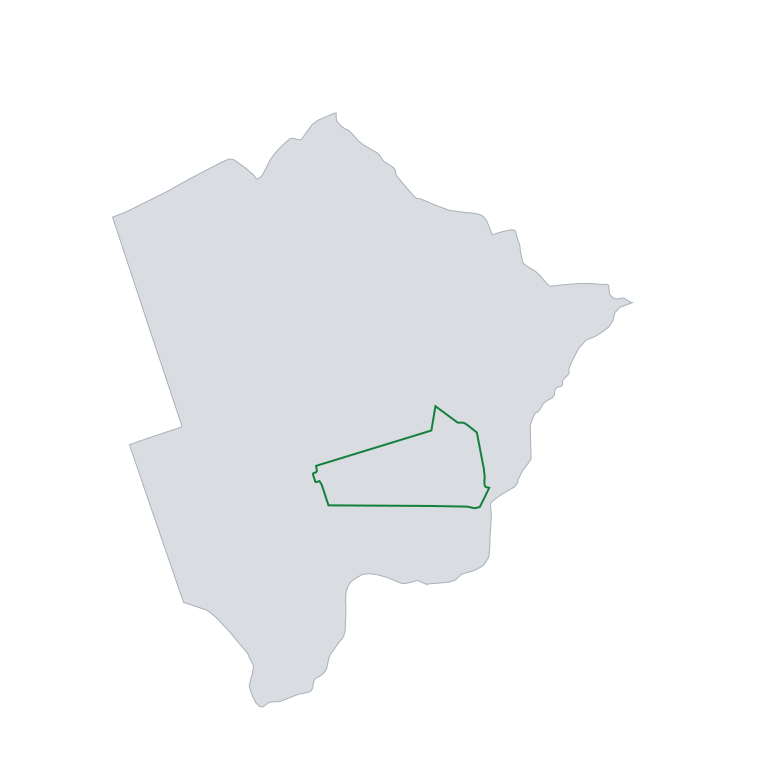 where Kweneng sits in Botswana, rotated 343°
{"feature_id": "BWA-2647", "entity_name": "Kweneng", "entity_type": "District", "adm_level": 1, "iso_a3": "BWA", "parent_name": "Botswana", "parent_adm1": "", "projection": "orthographic", "projection_center": [24.77, -23.86], "detail": "fine", "context": "in_parent", "style": "outline", "palette": "green", "viewbox_px": 768, "rotation_deg": 343, "n_neighbors": 0, "source": "natural_earth", "source_scale": "10m", "svg_char_len": 3372}
<svg xmlns="http://www.w3.org/2000/svg" viewBox="0 0 768 768"><g transform="rotate(343 384 384)"><path d="M417.6,110.9L416.5,113.8L415.6,118.1L416.7,121.3L419.0,125.7L422.3,129.5L424.8,131.7L427.7,137.3L430.7,144.3L434.6,149.7L446.1,162.2L447.4,166.7L449.0,171.1L456.2,179.6L457.3,182.4L456.7,188.2L464.1,205.5L468.9,215.7L473.0,217.6L486.1,228.5L497.5,237.2L510.9,243.3L520.8,247.3L525.6,250.2L528.0,252.9L529.9,258.1L530.8,267.1L531.0,272.9L541.6,272.9L550.4,273.6L553.4,274.8L554.5,276.5L554.2,280.3L554.2,286.0L554.5,290.6L553.5,295.5L552.8,301.3L552.3,308.5L553.6,311.3L561.8,320.5L565.2,326.5L568.8,335.4L571.0,338.3L572.7,339.5L580.3,340.7L599.7,344.9L611.7,348.6L621.1,352.4L625.1,353.4L627.0,354.4L627.6,355.3L626.2,363.0L626.6,365.5L627.6,367.7L629.1,369.5L631.1,370.7L638.3,371.7L642.5,376.6L645.2,378.8L632.1,379.6L625.5,383.3L621.6,390.2L615.6,395.2L607.5,398.2L599.0,400.3L590.0,401.2L580.4,407.0L570.0,417.6L564.8,424.3L564.5,427.1L562.2,429.5L557.8,431.4L555.4,433.8L554.7,436.7L552.4,438.0L548.4,437.8L545.5,439.9L543.8,444.2L540.2,446.7L534.7,447.5L529.9,449.9L525.9,453.8L522.8,455.7L520.6,455.8L517.2,458.9L511.7,466.4L510.7,470.0L502.8,498.6L498.8,501.9L490.8,507.7L484.4,514.7L481.6,518.8L478.6,520.6L464.0,524.0L458.6,525.8L452.0,528.4L450.4,530.9L448.7,539.7L444.1,552.4L440.4,561.7L437.9,569.8L433.8,579.9L430.2,583.3L426.2,586.4L420.9,587.9L413.7,588.9L407.1,588.5L402.1,588.7L395.0,592.3L388.5,592.5L378.1,590.4L369.6,588.5L365.9,588.0L358.4,581.5L353.6,581.6L346.3,581.1L342.2,579.6L338.3,576.3L330.0,569.7L321.8,564.4L314.6,561.2L307.9,559.8L301.6,561.2L296.6,562.7L294.7,563.4L290.9,566.3L287.0,571.6L283.9,579.9L282.7,584.9L279.3,595.7L274.7,608.6L272.4,612.3L269.9,615.1L265.7,617.6L252.3,628.1L245.7,639.7L241.5,643.1L236.3,644.8L232.0,645.8L229.6,647.8L227.1,653.7L224.8,655.8L222.2,656.6L214.4,656.1L211.9,655.6L191.4,657.2L185.1,655.5L180.6,654.9L173.7,657.5L170.7,656.0L168.2,651.3L166.7,641.6L166.8,633.4L170.5,627.0L173.5,622.4L176.4,616.3L176.8,613.7L176.1,611.3L175.3,606.4L174.8,601.4L170.0,590.6L164.1,576.2L156.2,560.2L153.7,555.8L148.9,548.9L131.2,536.1L128.5,534.4L128.5,532.9L128.0,519.9L127.4,502.7L126.8,485.4L126.2,468.2L125.6,451.0L125.0,433.8L124.4,416.6L123.9,399.3L123.3,382.1L122.8,367.6L135.5,367.1L151.2,366.6L169.8,366.1L178.1,365.9L178.5,363.6L178.2,352.9L177.6,328.4L177.0,303.9L176.3,279.4L175.7,255.0L175.2,230.5L174.6,206.0L174.0,181.6L173.5,157.2L173.2,145.1L187.9,144.0L204.8,141.2L232.2,136.6L257.7,131.1L274.4,128.0L294.2,124.3L301.0,123.6L302.9,124.1L305.6,125.2L314.9,137.3L320.7,146.6L321.8,150.5L322.9,150.9L325.6,150.3L328.7,148.8L338.0,139.4L339.9,137.0L345.8,132.5L353.1,127.9L359.6,124.6L366.2,121.9L369.2,122.5L372.8,124.9L376.0,126.3L390.9,115.1L397.6,112.5L415.2,110.5L417.6,110.9Z" fill="#d9dde1" stroke="#a8b0b8" stroke-width="1"/><path d="M415.7,442.3L426.7,420.3L442.8,442.0L443.2,442.4L443.9,442.7L448.8,444.3L451.2,446.8L458.6,457.5L454.7,494.1L453.0,502.9L452.3,504.3L451.6,506.0L450.8,509.4L450.8,511.1L451.2,512.3L451.7,512.7L452.3,512.9L453.4,513.4L454.3,514.0L447.9,520.9L439.7,529.6L435.1,529.4L434.2,529.2L427.7,525.6L392.1,514.0L382.5,511.0L295.4,483.8L295.0,462.3L293.9,458.0L290.8,458.0L290.3,458.0L289.9,457.8L289.8,457.4L289.6,451.6L289.8,449.3L290.2,448.8L290.8,448.6L293.3,448.6L294.4,447.6L295.1,442.4L415.7,442.3Z" fill="none" stroke="#15803d" stroke-width="2"/></g></svg>